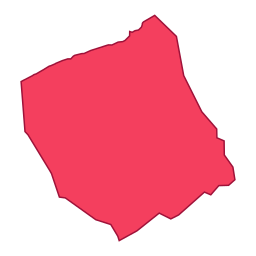 the district of Dickenson, Virginia, United States of America
{"feature_id": "52423323B95465439207253", "entity_name": "Dickenson", "entity_type": "district", "adm_level": 2, "iso_a3": "USA", "parent_name": "United States of America", "parent_adm1": "Virginia", "projection": "orthographic", "projection_center": [-82.367, 37.131], "detail": "fine", "context": "isolated", "style": "filled", "palette": "rose", "viewbox_px": 256, "rotation_deg": 0, "n_neighbors": 0, "source": "geoboundaries", "source_scale": "gbopen_adm2", "svg_char_len": 846}
<svg xmlns="http://www.w3.org/2000/svg" viewBox="0 0 256 256"><path d="M228.6,185.3L234.9,179.7L232.9,167.1L224.3,155.0L224.1,140.9L216.9,137.8L216.7,129.0L201.8,111.8L183.7,75.6L176.4,36.4L154.7,15.4L143.8,21.7L142.9,22.5L142.4,23.3L142.2,25.0L141.4,27.2L138.5,30.0L135.0,30.7L132.2,32.3L129.7,31.5L129.6,35.9L125.1,40.4L122.8,41.6L118.1,42.1L111.9,45.0L108.5,44.9L107.3,45.2L90.7,50.5L84.1,53.5L81.7,53.6L74.8,55.3L73.3,56.2L70.8,58.9L67.7,58.9L62.4,60.6L55.7,63.4L55.2,63.8L50.6,65.8L49.3,66.1L44.7,68.9L44.5,69.1L40.3,71.5L36.2,73.9L34.0,74.6L32.4,75.7L22.9,80.6L21.1,81.6L25.0,131.6L28.0,134.8L49.8,170.6L51.5,173.6L59.4,197.1L65.3,197.9L95.8,219.7L110.8,224.5L117.8,236.2L119.2,240.6L137.0,230.8L159.2,213.1L170.8,218.9L178.7,214.9L204.4,192.1L210.8,194.8L218.8,185.6L228.6,185.3Z" fill="#f43f5e" stroke="#9f1239" stroke-width="1.5"/></svg>